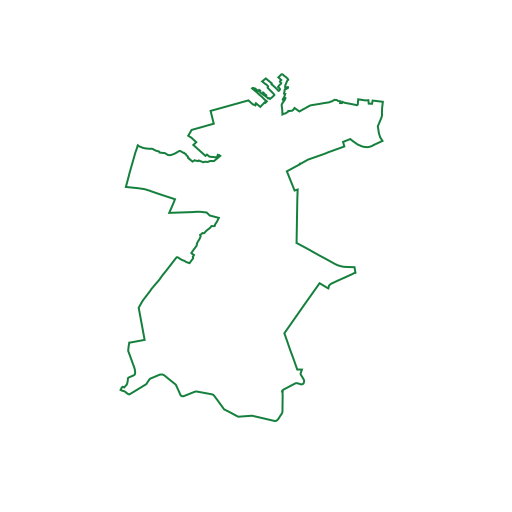 outline of Horia, Constanta, Romania, rotated 157°
{"feature_id": "2599482B9028808078144", "entity_name": "Horia", "entity_type": "district", "adm_level": 2, "iso_a3": "ROU", "parent_name": "Romania", "parent_adm1": "Constanta", "projection": "natural_earth1", "projection_center": [28.113, 44.634], "detail": "fine", "context": "isolated", "style": "outline", "palette": "green", "viewbox_px": 512, "rotation_deg": 157, "n_neighbors": 0, "source": "geoboundaries", "source_scale": "gbopen_adm2", "svg_char_len": 6107}
<svg xmlns="http://www.w3.org/2000/svg" viewBox="0 0 512 512"><g transform="rotate(157 256 256)"><path d="M79.0,348.4L87.9,353.5L89.7,350.8L92.7,352.2L91.7,355.5L94.4,356.4L100.7,360.3L103.5,355.0L103.4,354.9L109.4,359.0L114.4,362.3L116.2,364.1L117.1,363.2L118.8,363.9L117.9,365.4L119.8,366.6L120.8,368.1L122.0,368.7L122.4,369.0L124.3,368.9L126.2,368.7L126.8,368.9L128.7,368.9L134.1,370.3L138.2,371.2L145.8,373.1L147.6,373.4L159.6,372.1L162.7,377.2L164.6,376.0L165.8,375.6L168.9,376.5L169.6,376.9L170.1,376.3L172.8,375.8L173.2,375.8L173.7,375.8L174.2,376.0L175.6,376.1L176.1,375.9L176.4,375.9L174.6,380.7L173.5,384.7L173.2,385.2L172.4,386.1L168.8,388.3L167.7,389.2L167.2,389.9L167.6,390.4L169.8,388.8L170.1,389.0L170.3,389.3L170.2,389.7L167.7,391.6L165.8,393.7L166.7,394.3L166.8,394.5L165.5,396.3L164.8,397.6L164.5,398.0L164.1,398.1L162.4,398.0L161.4,398.1L160.9,398.2L160.6,398.6L160.5,398.9L160.8,399.1L163.3,399.5L163.2,400.0L163.0,400.6L162.2,401.8L160.2,403.8L158.3,405.5L157.9,405.7L157.5,405.6L157.4,405.8L157.5,406.6L158.5,409.0L159.6,410.7L160.4,412.5L160.7,412.9L161.6,413.3L165.6,411.7L164.6,409.6L164.0,408.1L165.2,407.6L165.8,407.3L165.9,407.2L165.2,405.3L165.5,405.0L165.9,404.8L166.9,404.4L168.4,403.8L169.6,403.0L168.8,400.9L168.7,400.4L168.8,400.1L169.0,399.8L170.1,399.2L170.4,399.1L170.7,399.2L171.9,402.3L173.7,406.3L174.6,407.9L174.5,408.4L174.1,408.6L174.1,408.9L177.6,415.6L182.1,414.3L180.6,411.4L179.7,410.1L178.7,407.8L178.6,407.4L178.7,407.1L179.5,406.4L179.5,406.1L176.6,398.9L176.3,397.9L176.2,397.0L178.9,395.9L181.7,395.1L182.3,396.3L183.2,396.2L184.7,399.3L183.8,399.8L183.9,400.4L184.4,401.0L184.8,400.9L185.5,400.5L186.1,401.4L185.0,402.6L185.6,403.7L186.8,402.7L188.2,404.9L187.7,405.8L187.5,406.5L187.6,406.9L188.2,407.6L189.0,406.9L189.4,406.9L189.5,407.0L191.4,410.5L191.5,410.7L192.1,410.9L192.5,411.4L192.9,411.7L193.5,412.0L193.8,411.9L194.1,411.8L191.1,406.0L189.9,403.2L188.3,400.0L187.0,396.7L185.6,394.1L187.7,393.3L188.0,394.0L193.8,391.6L196.4,396.7L196.6,396.6L196.8,395.8L197.7,394.9L198.8,396.2L199.5,396.5L202.2,402.2L241.1,407.3L243.2,394.3L266.0,397.2L271.4,393.2L269.3,390.2L266.5,384.1L270.3,382.7L263.4,367.9L261.5,368.5L260.0,365.6L254.1,362.4L253.6,362.3L252.7,362.8L251.6,364.1L250.6,363.4L249.8,362.1L257.6,359.8L261.2,361.4L263.6,361.4L266.1,362.7L267.9,362.9L271.4,366.3L272.3,366.0L275.0,367.9L275.1,368.1L277.5,367.7L279.8,372.0L279.6,372.1L280.2,372.9L280.2,373.2L279.9,374.1L280.0,374.6L280.4,375.3L280.7,376.0L280.8,377.0L281.0,377.6L281.7,378.3L281.9,378.6L281.9,378.9L282.1,378.9L284.6,382.1L285.0,382.5L285.7,382.6L290.8,382.0L294.3,382.1L296.3,382.6L297.7,383.5L299.5,386.1L300.1,386.6L302.5,387.8L304.4,389.0L304.3,389.9L305.4,390.9L306.0,391.2L306.7,391.8L308.5,393.8L309.0,394.7L310.0,395.4L310.9,395.9L311.4,395.9L316.0,398.4L316.5,398.8L318.1,400.0L320.4,402.3L321.1,403.3L321.5,404.1L322.1,403.6L322.9,402.4L326.5,398.5L340.7,380.9L341.0,380.4L348.8,370.4L337.9,364.4L332.8,361.3L331.5,360.3L329.9,358.9L328.5,357.8L327.4,356.7L327.2,356.5L319.6,349.7L308.4,339.9L312.1,336.2L319.0,329.6L296.4,320.9L293.9,320.1L290.1,318.5L284.4,315.3L282.8,311.4L275.3,305.6L276.1,304.9L278.5,302.9L281.5,300.9L282.0,300.0L282.3,299.8L282.6,299.8L283.0,299.9L285.2,300.9L285.4,300.9L286.8,300.1L287.8,299.7L289.4,299.3L292.2,298.5L294.5,297.4L294.9,297.3L295.8,297.7L296.1,298.0L296.3,298.0L297.0,297.8L297.5,297.6L298.0,297.4L299.2,297.3L299.3,297.1L299.2,296.3L299.3,295.8L299.4,295.6L301.5,293.6L303.8,292.0L305.7,290.4L306.0,289.4L306.8,288.6L314.0,284.3L314.4,283.8L312.7,281.1L313.3,280.6L314.4,280.1L314.7,278.5L320.0,275.4L322.5,277.6L323.8,279.5L325.6,281.2L326.5,282.3L328.2,284.9L328.9,285.6L329.6,285.8L331.3,284.9L339.5,280.3L345.4,277.0L346.8,276.3L349.8,274.7L354.3,271.9L356.3,270.9L358.8,269.7L361.0,268.6L365.5,266.3L366.7,265.4L376.8,259.7L378.9,258.3L384.2,254.2L391.3,222.3L405.7,225.5L406.5,225.8L408.6,222.5L408.9,221.9L410.3,219.5L410.6,218.9L410.7,218.5L410.8,217.6L410.9,214.9L411.7,200.0L411.9,199.0L412.6,196.4L412.9,195.7L413.3,195.0L413.7,194.5L414.1,194.2L414.7,194.0L415.7,193.9L420.1,193.9L421.3,193.7L421.6,193.5L421.8,193.2L422.9,191.1L424.1,189.4L424.8,188.5L425.3,188.1L428.7,186.5L429.8,187.7L430.8,187.5L433.0,185.6L431.5,184.0L430.3,183.1L429.7,182.6L429.4,182.0L428.1,179.5L427.5,178.8L427.1,178.4L426.7,178.1L425.5,178.2L423.5,178.5L407.7,180.8L406.9,181.0L406.3,181.4L404.3,182.8L402.7,183.8L401.8,184.3L401.1,184.4L391.1,184.4L390.4,184.3L389.7,184.0L388.3,183.4L387.0,181.9L384.4,176.9L380.1,168.9L379.9,162.5L379.8,157.2L379.7,156.9L379.0,156.0L378.1,155.4L377.7,155.3L377.0,155.2L366.5,155.0L364.9,154.9L364.4,154.8L363.5,154.4L362.9,154.0L350.6,145.9L350.1,145.4L349.6,144.8L349.2,144.0L347.8,138.3L345.3,127.4L344.7,126.6L342.6,124.2L335.6,115.5L334.9,114.9L333.7,114.5L322.0,110.5L304.2,97.5L303.0,96.7L302.2,96.5L301.6,96.4L300.9,96.5L300.1,96.8L299.2,97.2L295.8,99.6L294.0,100.7L293.2,101.4L292.5,102.3L286.4,116.2L284.8,120.1L284.5,120.6L285.0,121.0L284.6,121.5L284.2,122.0L282.6,122.3L269.4,123.4L268.4,123.1L267.2,122.4L264.8,120.3L263.9,119.9L262.7,119.9L262.3,120.0L261.8,120.4L261.1,121.2L260.5,122.2L260.3,122.8L260.5,125.1L261.1,129.2L261.0,129.9L260.9,130.4L258.1,133.5L262.4,135.4L261.6,148.0L261.3,155.4L260.3,170.0L260.1,173.8L230.5,192.3L208.1,206.1L202.3,198.1L202.1,197.9L200.5,200.0L199.9,200.4L199.0,200.8L197.8,201.1L189.1,201.4L174.6,201.7L172.8,201.9L171.9,201.8L171.4,201.6L171.0,201.7L169.8,206.9L169.7,207.2L175.6,209.9L179.3,211.7L181.3,213.0L182.3,213.8L183.8,215.0L185.0,216.2L186.2,217.5L192.6,225.7L198.0,232.4L206.9,243.9L213.6,252.2L213.5,252.3L195.8,292.1L191.7,300.9L194.9,301.2L194.5,321.9L179.7,323.3L179.6,323.8L179.3,323.9L178.9,323.7L178.6,323.5L170.4,324.4L155.1,323.4L150.6,323.2L149.9,323.3L131.9,322.3L131.3,327.0L123.5,326.8L122.2,324.3L118.8,318.8L116.7,316.7L116.4,316.2L115.4,315.4L114.2,314.4L111.7,313.0L110.5,312.5L109.0,312.2L107.5,312.0L106.1,311.9L104.2,312.3L103.9,312.3L103.8,312.2L94.6,312.5L95.3,316.7L94.9,320.9L93.2,327.8L86.7,334.1L85.0,336.2L83.9,339.2L82.2,342.7L79.0,348.4Z" fill="none" stroke="#15803d" stroke-width="2"/></g></svg>